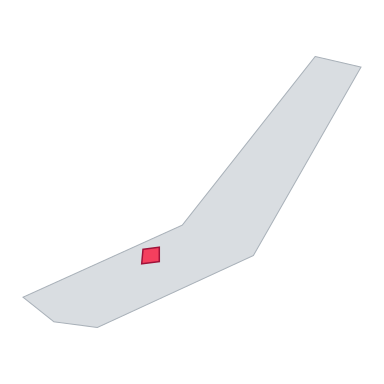 City of Hamilton on a map of Bermuda (Natural Earth projection)
{"feature_id": "BMU-5134", "entity_name": "City of Hamilton", "entity_type": "state/province", "adm_level": 1, "iso_a3": "BMU", "parent_name": "Bermuda", "parent_adm1": "", "projection": "natural_earth1", "projection_center": [-64.788, 32.293], "detail": "fine", "context": "in_parent", "style": "filled", "palette": "rose", "viewbox_px": 384, "rotation_deg": 0, "n_neighbors": 0, "source": "natural_earth", "source_scale": "10m", "svg_char_len": 345}
<svg xmlns="http://www.w3.org/2000/svg" viewBox="0 0 384 384"><path d="M253.4,255.5L97.3,327.5L53.9,321.8L23.0,297.2L182.3,225.1L315.2,56.5L361.0,67.1L253.4,255.5Z" fill="#d9dde1" stroke="#a8b0b8" stroke-width="1"/><path d="M159.3,261.6L141.7,263.8L143.0,249.3L159.3,247.2L159.3,261.6Z" fill="#f43f5e" stroke="#9f1239" stroke-width="1.5"/></svg>